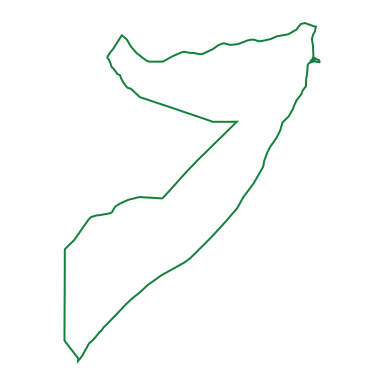 Somalia, Albers equal-area conic projection
{"feature_id": "SOM", "entity_name": "Somalia", "entity_type": "country or territory", "adm_level": 0, "iso_a3": "SOM", "parent_name": "Africa", "parent_adm1": "", "projection": "albers", "projection_center": [45.827, 5.144], "detail": "fine", "context": "isolated", "style": "outline", "palette": "green", "viewbox_px": 384, "rotation_deg": 0, "n_neighbors": 0, "source": "natural_earth", "source_scale": "50m", "svg_char_len": 2340}
<svg xmlns="http://www.w3.org/2000/svg" viewBox="0 0 384 384"><path d="M78.2,358.9L77.8,357.9L75.5,354.9L71.1,349.2L67.8,345.0L64.5,340.6L64.5,337.1L64.5,326.7L64.6,305.9L64.7,285.1L64.8,264.3L64.8,253.9L64.8,249.6L65.2,248.9L69.0,245.1L74.2,240.1L80.9,230.5L84.5,225.3L87.6,221.0L88.4,219.7L91.1,217.0L96.1,215.5L99.2,215.2L109.9,213.3L111.5,212.5L112.4,211.6L113.3,209.6L115.4,206.6L118.1,204.6L123.3,202.0L128.3,199.8L129.4,199.5L135.4,198.1L136.9,197.6L139.3,197.1L140.3,197.1L148.7,197.6L155.2,198.0L161.9,198.4L162.6,198.1L167.4,193.0L174.9,184.7L179.6,179.4L187.0,171.3L192.7,165.4L198.9,158.9L205.0,153.0L212.3,145.8L216.9,141.3L224.1,134.3L230.8,127.6L236.8,121.7L228.5,121.8L220.4,121.8L212.4,121.8L211.0,121.1L204.3,118.8L195.8,115.9L185.3,112.4L177.8,109.8L169.8,107.1L161.6,104.4L155.3,102.3L147.3,99.6L140.4,97.3L139.5,96.8L135.7,93.2L130.7,88.6L129.7,88.5L127.3,87.6L125.2,85.1L123.0,81.9L120.9,77.9L120.0,75.2L117.3,74.0L116.0,71.9L113.5,68.7L111.8,67.2L111.2,65.8L110.4,63.1L109.0,60.0L107.7,58.2L107.4,57.4L107.4,56.8L110.0,52.8L111.1,51.3L112.4,49.9L113.5,48.5L113.9,47.6L117.0,42.8L119.7,38.6L121.8,35.3L126.5,39.1L131.1,46.7L136.4,52.9L143.8,58.7L146.8,60.7L149.4,61.7L162.9,61.6L172.5,56.3L181.2,52.5L184.1,51.7L189.2,52.8L194.7,53.1L199.7,54.2L202.3,54.0L212.2,49.5L218.4,45.2L222.7,43.4L224.3,43.4L230.1,44.9L237.6,44.2L247.7,40.4L251.0,39.7L253.5,39.6L259.0,41.3L259.9,41.2L262.9,40.8L270.8,39.0L276.9,36.3L288.2,34.3L296.8,29.4L298.3,27.0L300.9,24.0L304.7,23.0L314.4,26.4L315.9,26.7L315.4,28.8L315.1,31.0L313.1,34.7L311.9,38.9L312.9,45.3L313.4,55.6L313.2,57.1L312.6,58.6L312.3,59.8L311.3,60.2L310.8,60.9L311.6,61.1L314.6,60.0L314.5,58.7L314.7,58.1L317.2,59.5L319.0,60.1L319.5,61.3L319.4,62.2L316.6,61.9L315.1,61.2L310.9,62.3L308.4,63.6L307.6,65.6L307.1,73.7L306.1,79.0L306.0,86.0L302.6,90.6L301.5,93.9L296.5,100.5L293.9,106.0L293.0,108.8L288.6,116.5L282.5,122.4L280.4,129.9L278.2,134.6L275.8,138.9L270.4,146.5L267.6,151.8L264.2,160.9L263.2,166.7L253.5,183.6L243.4,197.0L237.1,208.3L225.7,221.5L210.2,238.4L189.9,258.5L184.4,262.5L162.0,274.9L147.5,285.2L140.1,292.2L132.3,298.3L126.2,304.1L107.4,323.7L105.5,325.6L103.7,327.3L101.3,330.6L99.7,331.9L95.2,337.5L92.4,340.4L89.2,343.3L87.9,345.3L86.9,347.6L85.9,348.9L83.0,354.5L80.5,358.1L78.0,361.0L78.2,358.9Z" fill="none" stroke="#15803d" stroke-width="2"/></svg>